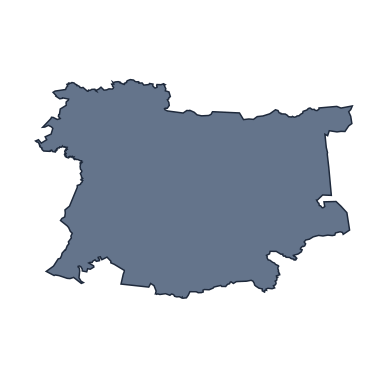 the district of Dzērbenes pag., Vecpiebalgas, Latvia, rotated 185°
{"feature_id": "27541924B98442671693527", "entity_name": "Dzērbenes pag.", "entity_type": "district", "adm_level": 2, "iso_a3": "LVA", "parent_name": "Latvia", "parent_adm1": "Vecpiebalgas", "projection": "natural_earth1", "projection_center": [25.681, 57.222], "detail": "fine", "context": "isolated", "style": "filled", "palette": "slate", "viewbox_px": 384, "rotation_deg": 185, "n_neighbors": 0, "source": "geoboundaries", "source_scale": "gbopen_adm2", "svg_char_len": 6002}
<svg xmlns="http://www.w3.org/2000/svg" viewBox="0 0 384 384"><g transform="rotate(185 192 192)"><path d="M47.7,195.1L59.7,193.7L58.5,189.0L60.2,187.7L61.0,187.7L62.7,189.4L64.0,189.6L64.6,191.8L65.6,192.4L67.2,194.8L66.3,195.0L61.6,200.4L52.9,200.8L57.9,228.5L60.6,241.7L60.4,242.9L62.1,248.0L64.6,261.1L61.8,259.9L60.6,265.0L52.8,264.5L48.8,265.4L44.9,265.6L41.6,271.6L38.7,274.1L40.5,281.3L42.9,285.6L41.0,288.0L39.8,291.7L50.9,288.6L55.2,289.9L72.8,286.8L72.7,285.7L74.5,284.0L76.4,284.1L77.3,285.0L79.7,284.7L81.4,285.9L82.3,285.8L83.4,285.3L84.7,283.7L88.4,282.0L88.6,280.2L90.6,278.9L92.0,277.3L94.0,276.9L94.9,276.0L96.7,275.4L98.6,276.1L99.2,275.4L102.4,275.4L103.7,276.7L105.9,277.8L110.1,277.6L110.3,278.2L112.1,278.5L113.4,280.6L116.0,281.2L121.3,276.7L128.0,273.9L133.6,272.8L137.1,269.7L141.7,269.7L147.0,268.6L151.6,274.9L178.2,273.8L178.6,273.7L179.8,271.0L182.0,269.7L189.1,268.7L193.7,269.3L196.7,271.6L201.3,273.2L201.7,272.8L204.2,272.8L207.7,269.9L223.5,270.6L226.1,271.6L226.7,272.5L226.1,273.1L223.9,273.3L222.2,276.2L222.9,279.3L224.6,281.7L223.3,282.7L223.4,283.5L221.9,285.2L223.7,289.7L227.4,290.5L227.1,292.7L228.4,294.8L228.4,295.5L229.7,296.6L228.6,296.8L229.8,297.4L232.2,296.2L236.3,296.0L236.5,294.9L235.9,293.5L237.5,292.4L238.3,292.5L240.3,294.3L240.3,296.1L243.8,296.4L244.3,295.3L249.3,294.3L251.2,296.3L254.4,295.8L254.7,296.2L254.4,296.8L255.1,297.2L257.1,296.9L258.6,297.3L259.9,298.4L263.3,298.6L266.2,297.2L266.8,296.2L266.7,295.4L268.7,294.5L269.2,293.8L268.7,293.5L268.9,293.2L273.2,294.5L272.9,295.0L273.2,295.2L275.2,295.5L278.3,294.9L279.5,294.0L280.5,294.6L279.4,292.7L281.5,292.5L281.4,292.2L280.5,291.8L280.4,290.5L279.2,289.5L279.6,288.3L280.4,287.6L283.8,287.5L285.9,286.3L288.5,285.8L291.8,288.5L294.0,286.3L296.5,285.0L295.8,284.0L297.1,284.6L297.5,285.8L297.9,285.9L300.8,285.5L302.4,284.3L304.0,284.5L304.3,283.3L305.0,283.3L309.7,286.7L310.8,286.2L312.8,286.4L313.2,287.3L315.2,288.1L316.0,288.0L316.2,288.9L317.3,289.0L318.9,290.3L321.2,290.6L322.2,289.8L324.5,289.8L324.8,289.3L323.4,288.9L326.0,288.3L325.1,286.8L326.2,285.4L326.9,283.1L337.2,280.6L339.1,279.2L335.7,276.1L336.0,275.6L331.8,273.3L329.3,274.0L329.2,274.5L323.0,273.8L323.2,272.7L325.1,270.9L325.2,269.5L324.8,267.4L330.5,263.2L330.8,257.8L331.5,257.5L331.7,255.7L329.7,253.7L332.5,252.5L336.8,254.2L338.5,254.2L338.9,252.9L346.4,243.5L344.2,243.9L340.9,245.9L337.7,244.6L336.2,243.3L337.4,237.4L343.1,234.2L341.3,231.4L346.4,227.6L349.5,230.7L352.3,229.2L351.0,228.3L349.8,228.2L348.1,226.4L348.3,225.8L347.4,224.8L347.7,224.6L347.5,223.9L345.3,222.7L345.6,222.3L344.9,221.1L343.3,219.9L337.0,220.1L336.5,220.4L336.7,221.0L335.4,221.5L334.5,220.2L331.6,219.9L331.2,220.7L331.6,221.2L330.4,221.7L330.9,222.5L329.8,223.1L330.2,223.6L328.9,224.4L328.1,224.3L327.7,225.4L326.3,225.1L325.3,226.2L325.3,225.8L323.9,225.7L323.5,226.1L322.9,226.0L323.0,225.6L320.9,225.6L321.3,225.2L320.6,225.0L321.1,224.6L320.1,223.7L321.5,223.1L321.1,222.4L322.1,222.2L322.3,220.9L320.9,219.5L321.9,219.1L321.1,218.1L322.1,218.0L321.3,216.4L320.3,216.4L320.3,215.7L318.0,215.2L317.2,216.0L317.6,216.5L317.0,216.8L316.3,216.9L315.4,216.1L314.5,217.2L313.8,216.8L314.1,216.4L313.5,216.0L312.9,216.3L313.3,215.5L312.5,215.1L312.3,214.3L311.7,214.1L311.5,214.9L309.9,214.3L308.3,214.4L306.1,213.4L304.8,213.5L305.0,212.6L303.9,212.2L304.5,211.4L305.9,211.3L305.9,210.4L305.4,210.3L305.7,207.8L305.1,205.0L303.8,203.8L303.6,202.6L304.9,200.7L303.5,198.2L303.5,197.3L302.1,196.1L303.5,195.1L303.0,194.9L303.4,194.3L301.9,193.9L302.3,193.2L302.3,192.4L303.6,190.9L303.8,189.9L306.9,188.5L306.7,186.6L312.8,167.2L317.0,163.1L316.4,159.9L316.6,156.1L319.3,154.3L320.5,152.1L313.4,147.4L311.8,145.8L309.7,142.1L307.7,140.5L308.8,137.5L308.2,135.7L310.8,131.6L310.1,129.7L311.6,127.6L312.8,123.5L313.1,123.0L313.5,123.2L316.1,119.7L316.4,117.3L317.4,114.5L319.5,113.7L323.5,106.1L330.3,100.2L322.1,96.8L320.9,97.4L317.1,97.1L308.8,95.1L306.0,95.1L302.5,96.6L294.3,91.3L292.3,92.3L294.8,93.5L297.1,96.7L297.0,103.4L297.6,106.4L298.9,107.3L299.0,108.0L297.7,108.5L296.3,107.9L294.7,105.8L294.4,103.8L289.9,103.3L289.3,106.5L286.6,106.2L283.2,108.7L283.6,109.9L288.7,112.3L287.5,113.0L285.3,113.1L284.8,114.4L282.7,116.0L281.3,114.6L278.2,115.5L278.2,117.2L279.3,117.4L279.8,118.7L277.7,119.5L275.9,116.7L271.0,119.7L266.8,116.0L266.7,114.4L263.2,113.2L252.6,108.0L252.6,106.6L253.3,104.3L254.7,94.1L226.8,93.5L225.2,97.3L221.7,95.4L219.1,90.2L219.6,87.3L218.8,87.4L218.3,87.0L217.2,87.5L215.1,87.1L209.5,88.4L205.0,87.2L203.5,88.6L202.1,88.4L200.6,87.4L200.3,86.6L198.1,86.2L195.5,86.6L193.3,85.7L192.7,86.3L192.6,85.5L191.8,85.4L188.3,86.1L186.7,88.9L185.4,92.5L179.0,93.0L177.1,92.2L173.8,92.6L172.1,93.4L172.5,95.1L171.2,95.9L166.4,96.1L162.6,98.1L161.7,99.3L155.2,101.4L154.2,100.5L150.2,100.8L148.6,103.1L146.6,103.9L146.0,105.6L145.2,105.9L142.8,104.5L140.0,106.6L129.9,107.9L125.4,109.2L123.5,108.5L122.1,106.5L121.5,104.8L120.4,103.9L116.9,102.0L113.6,101.6L113.4,99.7L111.0,98.6L110.8,98.9L111.3,99.8L110.1,100.7L109.2,100.6L109.7,101.8L108.0,102.7L103.8,102.6L101.3,103.7L102.7,105.7L100.9,106.8L100.3,108.1L100.8,110.2L101.3,110.5L99.9,111.6L99.9,113.9L99.3,114.5L100.3,114.6L100.6,115.8L97.4,117.2L97.7,118.2L98.4,118.7L98.4,119.6L99.1,120.1L99.0,121.5L99.8,123.1L99.8,124.5L99.2,125.7L99.7,126.2L102.5,127.2L103.6,128.4L105.6,129.0L108.4,130.8L110.2,131.0L111.5,133.0L111.5,134.3L112.3,135.4L109.4,137.1L109.0,139.7L102.9,140.2L98.0,137.8L96.1,138.0L95.9,136.7L95.2,136.1L93.3,136.3L92.9,135.4L92.1,135.2L89.1,135.3L87.4,134.3L84.7,133.9L84.5,133.2L82.8,133.3L81.9,135.0L82.6,135.1L82.5,135.7L83.2,136.4L85.1,137.1L85.5,137.7L80.8,139.5L77.8,142.0L77.9,142.7L77.4,143.2L77.3,144.2L79.0,144.5L78.9,145.6L77.2,147.5L76.3,147.4L75.0,148.2L74.3,150.3L75.9,152.0L74.5,154.1L71.0,155.2L67.3,157.9L62.1,159.8L57.7,159.6L52.9,160.9L48.5,160.8L46.0,161.5L45.5,163.7L41.0,165.3L38.5,164.8L37.7,163.0L31.7,167.8L35.9,184.9L42.2,190.7L47.7,195.1Z" fill="#64748b" stroke="#1e293b" stroke-width="1.5"/></g></svg>